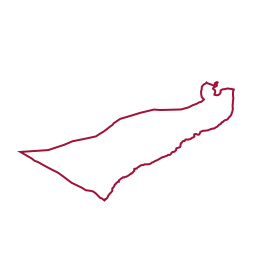 East Ambae, Penama, Vanuatu, rotated 22°
{"feature_id": "77236927B82748520253825", "entity_name": "East Ambae", "entity_type": "district", "adm_level": 2, "iso_a3": "VUT", "parent_name": "Vanuatu", "parent_adm1": "Penama", "projection": "mercator", "projection_center": [167.967, -15.324], "detail": "fine", "context": "isolated", "style": "outline", "palette": "rose", "viewbox_px": 256, "rotation_deg": 22, "n_neighbors": 0, "source": "geoboundaries", "source_scale": "gbopen_adm2", "svg_char_len": 5781}
<svg xmlns="http://www.w3.org/2000/svg" viewBox="0 0 256 256"><g transform="rotate(22 128 128)"><path d="M133.2,204.0L133.3,203.6L133.6,203.4L133.7,203.1L133.7,202.8L133.6,202.4L134.0,202.2L134.5,201.8L134.7,201.3L134.9,200.5L135.0,200.2L135.1,199.3L135.0,198.9L135.0,198.6L135.1,198.0L135.4,196.8L135.5,196.4L135.9,195.3L136.2,194.6L136.5,193.9L136.7,193.3L136.7,192.9L136.9,192.5L136.9,192.0L136.8,191.6L136.6,191.1L136.1,190.2L136.1,189.9L136.2,189.5L136.4,189.3L136.5,188.8L136.8,188.4L136.8,188.1L136.8,187.8L136.9,187.4L136.9,187.1L137.0,186.7L137.0,186.4L137.0,186.1L136.9,185.6L137.3,185.1L137.3,184.7L137.5,184.4L137.6,184.2L137.8,183.8L137.8,183.6L137.8,183.3L137.9,183.0L138.2,182.7L138.4,182.3L138.8,181.8L139.7,181.2L139.4,180.7L139.2,180.4L139.1,180.1L139.3,179.8L139.5,179.4L139.7,179.1L139.9,178.8L140.4,177.8L141.0,176.9L141.4,176.3L141.8,175.6L142.0,175.5L142.3,175.5L142.6,175.5L143.1,175.2L143.3,174.9L143.4,174.6L143.7,174.3L144.0,174.1L144.3,174.0L144.7,173.8L145.6,172.8L146.0,172.1L146.4,171.6L146.7,171.1L146.9,170.7L147.2,170.1L147.4,169.9L147.7,169.8L147.9,169.4L147.8,169.1L148.0,168.9L148.6,168.5L148.8,168.2L149.0,167.7L149.4,166.3L149.6,166.0L149.9,165.4L149.5,164.9L149.4,164.3L149.7,163.9L149.6,163.7L149.3,163.5L149.6,163.1L150.6,162.7L151.2,162.4L151.4,162.1L151.6,161.2L152.0,160.5L152.4,160.1L152.5,159.8L153.0,159.3L153.4,158.7L153.4,158.4L153.6,158.1L154.0,157.8L154.4,157.5L155.7,156.7L156.3,156.5L156.6,156.1L156.8,155.6L157.4,155.3L158.1,155.0L158.7,154.9L160.0,154.1L160.5,154.0L161.3,153.5L161.8,153.1L162.6,152.2L163.0,151.3L163.3,150.9L163.9,150.6L164.3,150.1L164.9,149.2L165.3,148.7L165.9,148.1L166.3,147.6L167.1,146.9L168.7,144.9L169.1,144.4L169.5,143.8L170.1,143.1L170.4,142.7L170.7,142.3L171.0,142.1L171.7,141.7L172.4,141.0L172.8,140.6L173.2,140.3L173.9,139.7L174.6,138.9L174.9,138.6L175.1,138.1L175.2,137.9L175.3,137.8L175.7,137.6L176.2,137.5L176.6,137.4L177.0,137.0L177.3,136.6L177.5,136.1L177.6,135.4L177.6,134.9L177.7,134.6L177.9,134.2L178.1,133.8L178.4,133.5L178.5,133.4L179.3,133.1L179.5,132.9L180.1,132.3L180.2,132.1L180.3,131.8L180.3,131.5L180.4,131.3L180.8,130.9L180.9,130.6L180.9,130.2L180.6,129.6L180.5,129.4L180.4,128.9L180.5,128.6L181.8,127.6L182.7,126.9L183.0,126.7L183.3,126.4L183.5,125.9L183.5,125.7L183.5,125.4L183.4,125.0L183.2,124.6L183.0,124.3L183.1,123.6L183.0,123.4L182.9,123.2L182.7,122.6L182.9,122.1L183.3,121.6L183.4,120.9L183.5,120.7L183.6,120.4L183.7,120.0L183.8,119.8L184.1,119.4L184.4,119.2L184.7,119.2L185.2,118.9L185.4,118.5L185.5,118.2L185.5,117.9L185.6,117.3L185.8,117.1L186.7,116.6L187.4,116.5L187.9,116.3L188.2,116.2L188.7,115.7L189.3,115.4L189.7,115.2L189.9,115.0L190.4,114.4L190.5,114.0L190.7,113.6L191.3,112.9L191.6,112.6L192.0,112.3L192.6,111.5L192.7,111.1L192.7,110.7L192.4,110.4L192.1,110.1L192.0,109.8L191.9,109.6L191.8,109.1L191.9,108.9L192.4,108.6L192.7,108.4L193.3,108.1L193.8,108.0L194.6,108.1L195.5,108.0L195.9,107.8L196.3,107.5L196.5,106.8L196.5,106.6L196.6,106.2L196.6,105.4L196.5,104.8L196.5,104.6L196.6,104.4L196.9,104.1L197.6,103.5L198.4,102.5L199.2,102.2L200.4,101.7L200.8,101.4L201.6,101.0L202.4,100.5L202.7,100.4L203.6,99.6L204.2,98.9L204.5,98.6L205.1,98.1L205.5,97.9L206.0,97.4L206.3,97.1L206.5,96.9L207.4,96.6L208.0,96.3L208.4,95.6L208.7,95.3L208.9,95.0L209.2,94.5L209.7,94.0L210.2,93.2L210.5,92.8L210.7,92.3L210.8,91.9L211.2,91.0L211.2,90.8L211.4,90.5L212.1,90.0L212.3,89.8L212.5,89.4L212.7,88.7L212.7,88.4L212.6,88.0L212.7,87.9L212.8,87.7L213.0,87.5L213.2,87.4L213.4,87.3L213.6,87.0L213.8,86.8L214.0,86.3L214.1,85.9L214.2,85.5L214.4,85.2L214.7,84.8L215.3,84.2L215.6,84.0L216.3,83.5L216.5,83.2L216.8,82.9L217.1,82.5L217.2,82.2L217.3,81.6L217.4,81.2L217.7,80.3L217.8,80.1L217.9,79.9L218.0,79.6L218.3,79.1L218.4,78.8L218.5,78.6L218.5,78.3L218.5,78.0L218.7,77.5L218.7,76.9L218.7,76.3L218.8,75.8L218.6,75.1L218.6,74.5L218.6,74.0L218.5,73.2L218.4,72.6L218.4,72.2L218.1,71.5L217.9,70.8L217.7,70.3L217.2,69.4L216.9,68.7L216.5,67.7L216.4,67.3L216.3,67.2L216.0,65.9L215.4,64.4L215.2,63.4L215.0,62.5L214.8,62.1L214.7,61.6L214.5,61.0L214.3,60.4L214.0,60.0L213.8,59.6L213.3,58.9L212.5,57.0L212.2,56.1L211.6,53.9L211.6,53.6L211.8,53.0L211.8,52.9L211.6,52.6L211.2,52.7L210.7,52.9L210.4,53.0L210.0,53.0L209.7,52.9L208.9,53.1L208.0,53.5L207.4,53.6L205.9,53.9L204.5,54.7L203.5,55.6L202.3,56.1L202.0,56.3L201.8,56.4L201.5,56.6L201.0,56.9L200.2,57.9L199.8,58.6L200.6,60.5L200.5,61.1L200.4,61.2L200.3,62.0L200.0,62.6L199.7,63.1L199.3,63.6L198.3,64.3L197.4,64.5L195.7,64.8L195.5,64.5L195.4,64.0L195.4,63.7L195.5,62.8L195.4,62.5L195.4,62.1L194.9,61.0L194.8,60.7L194.3,60.4L193.8,60.2L193.3,60.2L192.9,60.0L192.6,60.0L192.3,59.8L192.0,59.5L192.1,59.0L192.3,58.5L192.5,58.1L192.7,57.8L193.1,57.5L193.5,56.9L193.8,56.7L194.4,55.8L194.4,55.6L194.5,55.2L194.1,54.9L194.0,54.7L193.9,54.4L193.9,54.1L193.7,53.7L193.7,53.4L194.0,52.7L194.1,52.4L194.0,52.1L193.4,52.1L193.1,52.3L192.9,52.4L192.8,52.6L192.0,53.6L191.8,53.9L191.8,54.3L191.9,54.5L192.0,54.8L192.1,55.1L192.0,55.3L192.0,55.5L191.9,56.1L191.8,56.3L191.6,56.4L191.5,56.5L190.8,56.6L189.9,56.6L189.5,56.6L189.0,56.6L188.2,56.5L187.4,56.7L186.7,56.6L185.7,56.7L184.7,56.7L184.3,56.6L183.8,56.4L183.4,57.6L182.4,58.6L181.8,59.8L181.0,62.0L181.9,64.9L182.0,66.6L183.3,69.4L184.8,71.7L187.7,73.1L186.2,76.2L184.4,77.5L182.6,79.8L179.5,82.6L176.4,86.2L170.3,90.9L151.3,99.2L145.1,101.2L133.5,109.5L126.0,115.6L117.3,122.5L112.9,129.1L112.5,130.9L111.1,133.0L109.2,136.3L106.8,140.3L103.9,144.2L101.4,147.8L97.0,150.8L90.6,155.1L85.2,158.7L81.6,161.0L75.0,167.6L62.2,178.4L55.2,181.8L37.2,190.5L50.5,192.4L53.6,193.4L57.2,193.3L67.7,194.6L74.2,195.2L79.6,195.6L87.7,197.6L90.5,198.4L96.1,199.9L107.9,200.7L112.2,201.5L116.8,200.3L119.4,199.9L122.7,200.7L128.3,203.2L130.3,203.1L133.2,204.0Z" fill="none" stroke="#9f1239" stroke-width="2"/></g></svg>